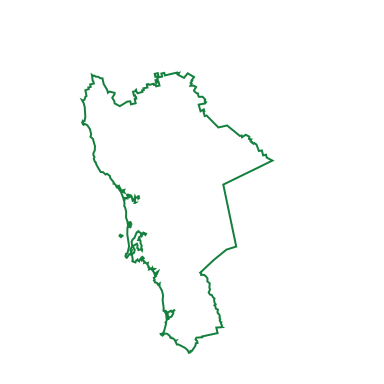 outline of Break O'Day, Tasmania, Australia, rotated 157°
{"feature_id": "25037944B7589359748935", "entity_name": "Break O'Day", "entity_type": "district", "adm_level": 2, "iso_a3": "AUS", "parent_name": "Australia", "parent_adm1": "Tasmania", "projection": "albers", "projection_center": [148.247, -41.391], "detail": "fine", "context": "isolated", "style": "outline", "palette": "green", "viewbox_px": 384, "rotation_deg": 157, "n_neighbors": 0, "source": "geoboundaries", "source_scale": "gbopen_adm2", "svg_char_len": 6057}
<svg xmlns="http://www.w3.org/2000/svg" viewBox="0 0 384 384"><g transform="rotate(157 192 192)"><path d="M255.5,46.3L254.1,45.8L249.0,49.1L247.5,51.3L245.9,50.9L245.5,52.8L246.4,54.8L244.9,56.2L239.4,54.3L239.2,55.1L223.6,52.1L222.6,57.7L217.0,55.8L217.4,56.4L216.6,57.5L216.7,59.7L215.9,60.6L216.6,61.1L216.6,63.2L215.6,64.0L215.9,65.5L215.0,66.5L214.8,68.7L215.5,69.9L215.5,71.5L214.1,73.6L215.6,75.3L215.1,78.1L215.6,79.0L214.1,79.4L214.5,81.5L213.8,84.2L212.9,85.1L214.0,87.6L213.9,89.3L215.5,90.5L215.9,93.0L213.5,95.2L213.4,97.1L211.4,101.0L212.8,103.7L211.5,106.4L212.1,108.8L213.2,110.8L216.0,112.2L215.3,113.5L216.0,114.5L198.6,120.9L182.8,125.5L172.6,124.5L160.3,186.6L105.7,189.5L109.8,194.5L109.3,197.4L112.2,197.9L111.5,203.0L114.4,203.6L114.1,210.5L115.6,212.8L116.4,212.3L117.8,214.4L117.3,214.7L118.3,216.3L116.9,217.3L118.8,218.6L117.6,220.5L120.2,223.7L124.6,222.9L124.3,224.6L126.0,224.9L133.7,239.5L142.5,241.1L148.7,256.7L150.7,257.0L150.0,261.6L149.1,261.5L148.9,263.5L152.6,263.0L151.7,269.8L145.3,268.4L144.5,268.9L145.1,269.1L144.9,270.1L144.3,270.1L144.3,271.5L143.7,271.9L145.1,275.6L148.4,276.8L148.6,278.1L148.0,280.4L149.2,281.2L150.5,283.8L150.5,284.7L147.2,287.0L149.1,289.4L152.0,290.4L149.9,292.0L150.6,293.0L148.3,294.4L148.7,295.0L145.2,297.0L149.6,302.9L154.8,300.2L159.1,305.5L157.4,306.7L159.4,307.0L159.2,307.8L171.4,309.9L171.0,312.5L173.9,313.0L174.4,309.9L177.8,310.5L177.1,314.8L180.2,315.3L180.7,312.4L179.2,312.2L179.9,307.6L181.1,307.8L180.9,309.0L181.9,309.2L182.3,306.5L179.8,306.1L180.3,302.7L183.7,303.3L183.4,305.1L185.1,305.4L184.9,306.6L188.9,307.2L190.2,307.9L190.1,308.4L191.6,308.7L192.2,305.6L196.2,306.4L196.5,304.7L198.2,305.0L198.5,303.5L203.4,304.1L203.9,305.7L203.6,307.9L205.4,307.0L207.1,307.3L207.8,303.5L206.7,303.3L207.0,301.4L206.5,301.3L206.8,299.7L208.4,300.0L209.2,295.7L213.9,296.5L213.4,299.6L216.1,300.5L224.9,299.2L228.6,303.8L228.0,306.0L228.6,309.9L224.9,312.5L224.5,313.5L228.8,316.7L230.6,316.2L230.2,319.3L231.1,325.9L230.0,331.6L232.0,332.6L233.3,334.7L235.4,335.7L236.6,337.4L237.5,337.3L238.4,338.9L240.2,332.2L239.5,333.1L240.0,330.2L243.7,330.8L244.2,328.3L246.6,328.7L246.8,327.1L250.4,327.3L251.6,321.6L252.9,321.3L254.7,319.2L256.5,318.5L257.3,319.5L257.0,316.5L257.5,312.3L260.8,302.9L263.1,299.4L264.6,299.2L264.8,300.0L266.0,298.8L265.4,297.9L266.0,297.0L265.5,296.2L264.2,296.6L262.3,294.4L261.4,289.9L262.2,284.7L263.9,282.4L262.5,279.8L263.4,272.1L265.3,268.2L267.5,266.3L268.4,264.6L268.1,262.3L269.4,261.1L269.6,257.8L269.1,257.4L269.3,254.0L268.3,246.1L266.1,245.0L264.8,241.9L262.3,242.0L262.9,241.7L261.3,238.7L261.8,237.0L260.3,231.4L260.9,230.4L260.3,230.2L259.4,227.8L259.5,225.6L258.4,225.4L258.1,226.0L257.7,226.2L257.7,226.4L257.6,226.5L257.4,226.2L258.1,225.7L257.3,224.9L256.8,225.4L256.6,222.0L255.4,220.5L253.6,220.4L254.6,219.3L254.5,217.9L255.4,218.8L255.1,220.1L256.4,221.4L257.0,219.1L256.6,221.3L257.7,224.8L258.5,225.3L257.4,219.7L257.6,213.5L253.7,211.6L252.8,213.2L253.0,214.5L252.0,214.7L249.7,212.8L249.3,211.9L249.8,207.5L248.8,208.1L247.5,207.2L248.0,208.1L247.5,208.7L246.4,208.9L246.4,209.7L246.2,210.0L246.2,209.0L247.0,208.7L244.9,208.7L244.3,208.0L243.6,209.0L242.9,209.0L242.6,208.8L243.7,206.9L242.1,207.3L243.8,206.9L243.1,209.0L244.2,207.8L244.9,208.6L247.4,208.5L247.8,208.0L247.3,207.5L247.6,206.9L249.0,207.9L248.1,204.9L248.8,204.4L248.2,204.2L248.7,204.1L248.9,204.3L248.8,204.6L248.3,205.0L249.3,207.5L250.0,207.4L249.4,211.5L249.9,212.7L252.5,214.5L252.8,213.5L252.0,214.0L250.7,212.3L251.5,211.6L252.3,212.3L252.4,213.3L253.8,211.2L256.7,212.6L257.4,210.2L257.0,211.8L257.6,213.1L258.4,208.3L259.9,205.4L259.6,204.0L260.3,199.6L262.7,194.2L262.9,190.5L264.0,186.2L263.3,185.8L262.0,187.5L262.6,187.9L262.5,188.8L260.4,188.3L260.3,186.2L263.6,185.4L263.2,184.3L262.0,184.1L262.5,183.6L263.4,184.1L264.0,185.7L265.3,184.5L268.2,178.1L271.1,166.6L274.6,161.8L275.9,160.7L277.0,160.8L277.1,159.9L278.3,159.2L278.3,157.7L277.7,156.9L273.9,159.3L272.2,157.7L272.2,159.6L270.6,161.4L271.6,161.2L271.0,163.1L268.1,165.6L267.1,169.8L264.9,171.7L263.1,172.1L258.6,176.5L257.5,176.2L256.7,176.9L255.1,173.8L253.1,173.1L252.6,173.6L250.6,171.5L251.7,170.7L252.5,172.5L253.0,172.5L253.1,173.0L253.4,173.1L255.5,171.1L255.8,172.2L256.4,171.1L258.0,171.3L259.8,169.3L259.2,169.2L260.1,168.3L259.2,169.0L257.9,168.9L259.6,168.4L258.7,167.9L258.5,166.9L259.4,165.2L259.3,162.1L260.5,160.6L260.4,158.4L260.9,157.7L261.2,159.2L264.0,159.5L263.7,161.0L264.3,161.9L263.0,164.0L262.9,165.9L266.7,165.4L267.8,164.4L267.2,161.3L269.1,158.7L270.5,158.7L271.9,157.4L272.8,153.4L273.7,152.0L273.3,151.9L273.6,151.1L271.6,149.3L270.7,150.4L268.6,151.1L268.7,150.0L267.7,148.8L266.5,150.1L265.1,150.8L264.9,150.5L264.9,150.2L264.1,151.5L262.2,151.8L263.5,150.9L263.0,150.1L261.6,150.2L262.3,149.8L263.8,150.0L264.4,149.9L264.6,149.7L264.1,149.3L265.0,149.9L265.0,150.6L265.9,150.2L263.3,147.7L263.6,147.0L262.9,146.2L263.5,145.5L262.6,145.5L261.3,143.1L261.0,143.2L260.6,143.9L260.4,143.9L261.0,143.1L261.4,142.9L261.0,140.4L261.6,139.7L260.7,138.6L261.7,137.5L259.1,137.1L258.1,137.8L258.2,136.9L256.5,135.8L257.6,135.6L259.5,137.1L258.4,132.9L258.7,129.0L257.1,131.5L254.4,132.1L256.6,130.0L258.2,129.7L258.0,128.6L260.7,127.9L260.7,125.9L261.6,125.4L261.1,124.4L261.5,123.4L259.8,122.1L259.6,120.2L257.8,120.4L258.3,119.9L257.9,118.4L258.9,119.6L258.2,112.6L259.1,107.9L261.2,104.2L263.4,96.3L264.6,94.0L262.7,93.0L262.1,91.2L261.0,90.6L257.8,90.9L257.7,89.8L253.6,90.2L256.1,89.6L256.6,87.6L259.7,85.2L262.0,85.5L263.7,83.6L262.0,89.4L263.0,92.3L264.3,93.5L263.6,91.8L263.7,89.1L265.4,83.7L267.3,82.2L266.9,81.7L267.7,80.4L272.0,74.9L274.1,73.2L276.3,73.6L276.3,73.0L275.2,71.3L272.4,72.4L270.4,71.3L268.8,68.6L268.8,66.4L268.3,65.7L267.4,66.0L267.0,65.9L268.0,65.7L266.4,64.3L265.3,61.5L264.7,61.4L265.1,61.2L265.7,62.2L265.5,57.5L263.9,56.8L259.3,51.2L257.9,48.2L257.7,45.2L256.0,45.1L255.5,46.3ZM274.9,180.6L275.9,179.9L275.0,178.2L273.1,178.8L273.5,179.6L274.6,179.4L274.9,180.6Z" fill="none" stroke="#15803d" stroke-width="2"/></g></svg>